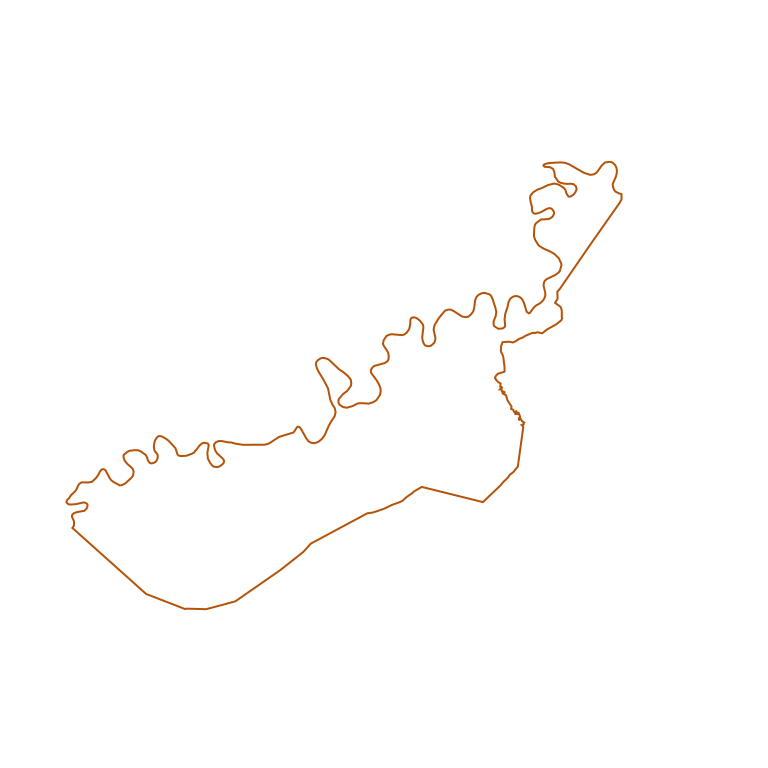 El Progreso, Yoro, Honduras, rotated 43°
{"feature_id": "27666195B1726460774022", "entity_name": "El Progreso", "entity_type": "district", "adm_level": 2, "iso_a3": "HND", "parent_name": "Honduras", "parent_adm1": "Yoro", "projection": "mercator", "projection_center": [-87.816, 15.474], "detail": "fine", "context": "isolated", "style": "outline", "palette": "amber", "viewbox_px": 768, "rotation_deg": 43, "n_neighbors": 0, "source": "geoboundaries", "source_scale": "gbopen_adm2", "svg_char_len": 6139}
<svg xmlns="http://www.w3.org/2000/svg" viewBox="0 0 768 768"><g transform="rotate(43 384 384)"><path d="M428.1,83.1L425.8,84.4L422.0,85.4L420.3,85.2L417.2,83.8L414.9,81.8L412.1,74.0L410.3,70.9L408.8,69.1L406.6,67.4L404.1,66.3L401.2,66.2L399.0,66.6L397.7,67.4L394.6,71.2L394.2,75.6L395.2,82.8L395.2,85.2L394.5,87.5L392.2,90.4L386.2,93.2L369.5,97.1L365.5,98.8L362.0,101.5L354.2,109.6L352.5,112.0L351.5,114.0L351.4,114.9L351.7,115.6L353.3,115.6L357.6,112.2L361.0,111.4L364.0,112.8L367.7,115.9L373.5,117.1L375.6,116.5L378.5,115.0L381.3,112.9L384.0,110.2L386.5,108.5L389.7,108.6L391.9,110.0L393.1,113.0L393.5,116.2L392.7,119.2L391.7,120.8L390.6,121.0L388.5,120.5L386.8,119.9L384.4,118.4L382.1,117.9L376.3,118.9L374.8,119.5L371.6,121.5L368.3,126.6L365.9,132.8L363.6,137.3L362.3,142.4L362.7,146.6L364.0,148.4L367.6,151.2L371.9,153.9L373.9,156.2L375.5,157.0L377.0,157.1L378.9,156.0L380.1,154.1L381.6,151.2L383.6,144.9L384.9,142.7L385.9,141.9L387.4,141.5L390.2,141.9L391.5,142.7L392.6,144.4L393.1,146.3L392.9,148.3L392.0,151.0L386.5,156.8L385.5,163.0L386.0,164.9L387.5,167.4L392.8,173.6L396.5,175.6L402.1,177.1L404.8,176.9L408.8,176.0L415.0,173.8L419.7,172.7L426.0,172.8L431.2,174.9L432.8,176.1L435.4,181.2L435.7,183.3L435.0,187.1L431.4,196.4L431.2,199.1L432.0,201.1L433.6,203.2L440.1,207.6L441.7,209.5L442.8,211.8L443.3,214.2L443.3,216.9L442.7,219.9L441.7,222.6L441.4,225.4L442.2,232.7L441.5,233.7L438.9,233.8L430.6,229.0L428.1,228.0L425.6,227.7L423.4,228.0L421.2,229.1L419.7,230.6L418.7,232.5L418.2,235.7L419.2,239.1L421.6,243.1L424.9,250.1L428.1,254.5L433.2,259.1L433.3,260.7L432.9,262.4L429.9,265.7L425.1,266.5L423.6,265.8L421.4,263.4L419.4,258.2L417.0,254.7L413.7,252.4L404.9,247.5L402.0,246.5L400.0,246.5L395.5,248.7L393.7,250.8L392.3,254.4L392.3,257.5L393.5,260.5L398.0,266.8L399.7,269.9L400.2,273.5L399.8,277.1L398.1,279.4L395.1,281.4L385.9,283.0L382.3,284.0L380.3,285.7L378.6,288.8L379.1,298.0L380.7,306.1L381.9,308.5L383.4,310.6L389.6,314.8L390.8,315.9L391.9,317.7L392.6,319.6L392.5,321.9L392.1,324.3L391.1,325.8L389.1,327.2L387.2,327.7L385.2,327.2L382.2,325.6L380.0,323.7L374.4,316.0L372.9,314.6L371.4,313.9L367.1,313.2L363.2,313.5L360.9,314.4L359.1,316.6L359.0,317.8L359.6,319.1L362.6,322.7L364.9,326.5L365.6,330.9L365.0,334.2L363.6,336.2L355.6,342.4L354.0,344.8L353.1,347.2L353.9,352.2L355.9,355.4L357.8,356.2L363.4,357.5L365.7,358.3L368.3,360.2L370.5,363.0L371.0,365.3L370.2,368.3L364.5,377.5L364.3,380.1L364.6,382.0L365.5,383.6L367.2,384.7L376.0,386.3L380.6,387.7L384.0,389.3L386.8,391.8L388.5,394.8L389.5,400.9L388.6,404.5L386.3,408.7L381.0,413.0L378.8,415.2L377.8,416.8L376.1,421.5L373.0,426.7L369.8,428.8L366.3,429.4L364.8,429.2L363.4,428.6L362.1,427.4L361.2,425.9L360.9,419.4L361.8,414.2L361.2,408.8L360.9,407.6L359.8,406.0L357.0,403.6L352.7,402.8L346.6,403.0L341.3,403.9L327.5,403.8L325.2,404.4L323.0,405.5L321.1,407.0L320.1,408.6L319.4,411.6L319.5,414.0L320.4,415.8L322.3,417.1L324.6,418.4L328.0,419.7L336.7,422.1L346.1,425.4L355.5,432.2L360.3,434.2L364.6,435.3L367.8,437.6L370.0,441.5L370.9,447.5L372.2,452.5L375.4,461.6L376.0,466.3L375.6,470.4L374.6,472.9L373.1,475.1L371.2,476.5L369.0,477.2L367.2,477.3L364.0,476.7L353.4,473.3L351.5,473.2L350.3,473.7L349.9,474.3L349.9,475.4L350.8,480.2L350.7,481.5L343.3,494.3L340.7,505.0L339.7,507.4L338.2,509.7L322.3,524.7L316.1,528.9L312.1,531.0L309.6,533.1L304.2,536.4L302.0,538.5L300.8,541.1L300.8,543.8L301.6,544.8L304.2,546.8L306.3,547.8L309.3,548.6L316.7,548.5L318.8,548.9L319.9,549.8L320.7,551.6L320.3,555.0L319.6,557.2L318.2,559.0L315.9,560.5L314.1,560.8L310.6,560.3L306.2,558.7L301.9,555.0L297.4,548.1L295.8,547.7L292.7,549.4L291.3,551.8L291.1,555.2L291.7,560.6L291.4,561.7L291.9,563.4L291.0,566.2L288.4,571.3L284.4,575.4L282.7,576.3L281.3,576.5L275.1,573.1L265.2,572.4L261.7,572.8L257.8,573.7L255.9,574.7L254.6,576.1L254.4,577.6L254.8,580.5L255.5,582.5L257.1,585.1L258.7,587.1L261.1,588.9L262.6,589.5L266.4,590.0L267.8,591.1L269.1,592.8L269.9,595.0L270.1,596.3L269.6,598.2L268.2,600.6L266.4,601.5L263.5,600.9L260.4,599.1L258.1,598.4L252.9,599.0L249.4,600.1L246.8,602.4L243.4,606.4L242.5,609.0L242.0,613.1L242.4,614.1L243.4,615.2L246.5,616.9L250.9,617.5L257.1,617.3L259.1,617.9L260.5,618.8L262.6,621.5L263.1,623.4L263.2,625.8L262.5,633.6L261.3,636.6L259.9,638.4L252.5,640.2L250.2,640.4L247.8,640.0L239.3,637.1L237.8,637.2L236.6,637.9L236.0,638.6L235.8,641.1L237.1,645.8L237.5,649.3L237.1,654.8L234.7,657.9L230.2,661.9L229.5,663.2L229.3,664.8L229.6,667.1L230.8,670.3L231.3,673.0L230.9,679.0L231.6,682.5L231.3,684.5L231.8,686.1L232.5,687.1L235.1,687.2L236.9,686.0L240.7,681.9L244.9,675.7L245.9,674.9L247.5,674.3L248.9,674.2L249.7,674.7L250.8,676.2L251.5,678.1L251.3,681.1L246.6,687.4L245.3,690.1L245.2,692.0L245.5,693.0L246.4,693.9L250.8,695.8L252.6,697.5L253.9,699.3L254.3,701.8L353.2,699.8L391.9,684.3L393.1,682.7L407.5,670.0L423.5,644.3L435.1,590.6L439.5,561.8L439.3,550.7L460.0,489.9L463.2,486.0L465.7,481.7L469.2,475.0L472.2,467.2L476.2,459.4L477.2,456.7L477.6,451.3L479.1,444.3L479.3,441.8L481.7,433.9L482.2,433.3L536.9,402.9L538.3,379.3L538.1,374.0L538.5,368.4L537.9,364.8L538.7,359.9L538.1,353.0L515.5,320.9L514.3,320.0L512.7,320.1L513.6,318.3L512.7,317.5L512.8,316.7L510.3,317.0L507.2,316.1L507.0,316.4L507.3,317.9L506.8,318.0L506.0,317.1L505.7,315.0L502.1,313.3L501.7,313.7L502.1,314.8L500.9,316.0L500.5,314.2L499.4,313.7L499.1,314.4L499.8,315.8L497.5,315.5L496.1,314.7L493.9,315.5L492.6,313.5L485.6,311.8L480.8,309.0L477.4,310.0L477.0,309.5L478.0,308.1L477.7,307.7L476.4,308.1L476.2,308.4L476.5,308.9L476.1,309.1L475.3,309.1L473.5,307.7L472.5,308.7L472.7,306.1L472.2,306.0L470.8,306.7L469.0,304.1L466.4,304.7L463.6,304.6L461.1,303.9L460.7,303.3L460.2,301.0L460.3,298.8L463.6,293.1L463.5,292.4L460.0,288.9L452.7,282.8L450.2,281.5L447.6,280.7L446.7,279.9L443.7,276.2L442.2,272.5L446.8,267.6L450.0,265.7L451.2,262.7L452.1,258.8L453.7,255.6L454.6,252.2L457.6,245.6L459.2,243.9L460.0,243.5L460.3,242.4L460.9,241.6L465.1,239.0L466.1,232.7L469.3,222.7L470.2,216.5L469.5,214.6L468.3,213.7L464.3,209.4L461.7,207.6L460.0,207.2L453.8,208.0L452.8,203.2L447.8,198.3L447.7,194.3L439.5,139.3L432.8,90.9L431.8,87.0L428.1,83.1Z" fill="none" stroke="#b45309" stroke-width="2"/></g></svg>